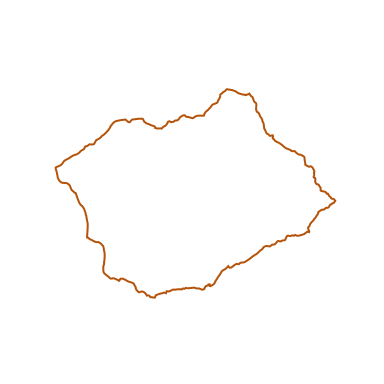 outline of El Espino, Boyacá, Colombia, rotated 204°
{"feature_id": "7082276B84809079779557", "entity_name": "El Espino", "entity_type": "district", "adm_level": 2, "iso_a3": "COL", "parent_name": "Colombia", "parent_adm1": "Boyacá", "projection": "natural_earth1", "projection_center": [-72.481, 6.507], "detail": "fine", "context": "isolated", "style": "outline", "palette": "amber", "viewbox_px": 384, "rotation_deg": 204, "n_neighbors": 0, "source": "geoboundaries", "source_scale": "gbopen_adm2", "svg_char_len": 5977}
<svg xmlns="http://www.w3.org/2000/svg" viewBox="0 0 384 384"><g transform="rotate(204 192 192)"><path d="M326.5,158.9L326.2,158.2L323.1,154.4L320.2,150.2L318.0,148.5L316.7,147.9L315.6,147.7L314.5,147.6L312.9,148.1L311.2,148.8L310.2,149.1L308.4,149.0L306.3,148.3L304.4,146.3L302.9,145.0L301.4,144.4L300.7,144.3L298.8,143.6L298.0,143.8L296.1,142.0L295.9,141.6L292.6,138.2L290.5,136.3L289.4,135.5L288.3,134.9L286.6,134.5L284.0,132.9L281.1,130.0L280.4,129.1L280.1,128.4L279.6,127.8L279.0,127.5L278.0,125.7L277.3,124.8L274.3,120.5L272.8,117.0L269.4,107.8L268.4,108.0L268.2,107.8L266.2,107.4L262.9,107.3L260.2,107.1L259.0,107.3L257.6,108.0L257.0,108.2L254.2,107.8L251.3,106.5L250.5,105.7L249.1,103.7L248.4,102.5L247.4,101.3L245.8,98.2L244.0,93.3L243.9,92.4L243.6,91.6L243.0,90.5L242.7,87.7L240.8,83.7L240.3,83.0L239.2,82.1L236.7,81.3L233.4,80.5L232.6,80.1L231.5,79.8L230.1,80.2L229.0,81.2L227.7,81.4L225.8,81.4L225.0,81.5L224.1,81.4L223.7,81.5L223.2,81.5L222.6,81.1L222.3,81.5L222.1,83.5L221.8,83.9L220.1,84.6L218.6,84.7L216.5,84.6L213.9,84.3L209.9,84.8L208.0,84.6L206.9,83.7L205.0,82.3L204.5,81.8L204.2,81.1L203.5,80.4L202.4,79.7L200.0,78.8L199.6,78.8L199.1,79.1L198.7,79.4L198.3,80.0L197.7,80.5L196.8,80.9L195.5,81.0L193.9,80.7L193.6,80.5L192.2,79.8L191.1,79.0L190.2,79.7L189.7,79.8L188.7,79.8L188.3,79.7L187.6,79.1L187.2,79.0L185.9,79.6L184.4,79.8L183.1,80.3L182.9,80.7L183.1,81.3L183.0,81.9L183.0,82.5L182.9,83.2L179.1,86.7L177.9,87.5L176.4,88.9L174.6,89.0L174.7,91.1L172.5,91.8L171.8,92.7L171.1,93.4L169.8,95.0L169.2,95.4L168.4,95.5L164.6,97.8L164.1,97.9L163.7,98.2L161.6,98.9L161.2,100.1L159.5,100.5L158.7,101.8L158.2,102.0L156.8,102.2L156.1,102.7L153.8,103.9L151.4,105.4L148.1,105.9L146.3,106.8L143.9,106.8L142.7,107.0L141.9,107.7L141.3,108.5L141.5,109.3L141.1,111.6L139.5,113.1L139.4,114.1L138.8,114.7L138.2,114.8L137.5,113.4L136.8,113.5L135.0,116.0L134.3,117.6L134.4,118.9L134.2,120.9L133.8,123.0L133.7,124.5L133.0,127.7L132.5,131.9L131.6,133.4L130.1,135.3L128.7,139.0L127.8,138.4L126.9,138.2L125.8,138.6L125.1,139.5L123.1,143.2L122.0,144.5L120.8,144.7L119.7,145.3L119.2,146.7L118.5,147.4L116.1,148.7L115.0,149.9L112.3,154.1L110.4,157.8L109.7,158.7L109.0,160.1L107.9,161.4L106.9,163.6L106.0,166.0L105.2,167.5L104.5,168.4L104.2,170.5L103.9,171.1L103.1,172.1L102.0,173.0L98.8,173.9L98.3,174.7L97.9,175.5L97.3,176.6L96.0,177.2L95.2,177.8L94.7,178.7L94.3,180.4L93.8,181.9L93.0,182.4L92.0,182.6L90.9,182.9L90.1,184.1L87.9,185.5L87.4,186.2L87.5,188.8L87.2,190.6L86.5,191.2L84.6,191.6L83.8,192.0L83.3,192.7L82.5,193.3L81.8,193.3L81.0,193.6L80.4,194.7L78.4,194.7L77.1,195.3L75.3,196.6L72.4,199.2L70.6,202.6L68.7,203.0L68.8,203.6L70.5,205.3L71.5,206.6L70.9,208.7L71.0,210.8L70.4,213.4L69.6,215.2L69.4,217.2L68.9,218.1L68.5,220.9L68.1,222.8L68.1,223.7L68.4,224.5L68.4,225.0L67.4,226.8L66.1,228.7L65.0,229.2L64.3,229.7L63.9,230.3L63.4,231.6L62.7,232.4L61.7,232.7L61.2,233.2L60.8,234.1L60.7,236.2L60.5,236.8L59.6,237.4L59.2,238.7L58.4,239.3L58.0,239.9L57.5,242.2L59.6,243.2L60.2,243.1L61.4,242.8L62.4,242.9L62.8,243.4L63.2,243.6L64.8,244.0L66.6,245.3L67.2,245.8L67.3,245.8L67.9,245.3L68.1,245.3L68.4,245.3L69.2,246.0L70.0,246.3L70.7,246.3L73.2,245.8L74.3,245.5L75.0,245.7L75.3,246.1L76.0,247.9L76.2,248.1L77.7,249.0L79.3,250.2L80.0,250.2L80.8,249.9L81.1,250.0L81.6,250.0L82.4,250.4L83.1,251.0L83.7,251.6L83.9,252.0L84.5,253.9L85.0,254.6L85.4,254.9L86.4,254.8L86.9,255.0L87.0,255.2L87.3,257.5L88.4,259.0L88.3,260.2L89.7,261.7L91.3,263.0L93.2,263.8L94.2,263.7L95.1,262.8L95.9,262.6L99.5,262.9L99.7,263.1L100.1,264.2L102.3,267.3L103.0,268.9L103.6,269.6L104.4,269.9L105.9,270.2L107.5,270.2L108.5,270.1L109.7,269.7L110.2,269.7L112.6,270.2L114.7,271.1L117.6,269.9L119.1,270.4L119.9,270.4L124.1,270.2L125.1,270.4L129.8,271.8L132.9,272.3L135.2,272.2L136.3,272.6L137.0,272.5L138.6,273.5L139.0,273.7L139.9,273.7L140.2,273.9L140.4,274.6L140.5,275.8L141.3,276.6L141.8,276.4L143.0,275.3L143.5,275.0L143.8,275.0L144.8,275.5L145.5,275.7L147.1,275.8L147.9,276.0L148.2,276.3L150.9,278.8L152.0,279.5L152.8,281.1L154.5,283.7L155.2,284.4L156.4,285.2L157.0,286.3L157.5,286.8L158.4,287.6L160.5,288.8L161.9,290.3L163.3,291.3L164.0,291.6L164.9,291.5L165.9,292.2L167.0,293.5L167.3,294.1L168.6,297.7L169.1,298.6L169.8,299.3L171.3,299.6L172.3,300.1L173.9,301.9L175.5,303.4L177.6,303.8L179.6,305.2L179.8,304.8L182.4,302.3L183.0,302.2L183.3,302.4L185.6,301.6L189.7,301.1L192.0,301.5L193.8,301.7L196.1,301.5L199.1,300.9L200.2,300.4L201.5,300.3L202.0,300.0L202.4,299.2L202.8,297.9L203.1,297.3L204.2,295.9L204.8,294.2L205.6,293.1L205.7,292.3L205.0,290.2L205.0,289.5L205.0,288.8L205.3,286.4L205.2,284.4L205.6,283.4L208.5,280.5L209.0,279.6L209.4,277.5L210.6,273.9L211.0,272.9L211.7,271.6L212.1,270.7L212.3,269.5L212.4,268.4L212.2,266.6L216.0,264.9L218.0,263.9L218.7,263.4L219.7,262.2L221.2,259.8L221.6,259.6L223.3,259.4L224.3,259.1L225.7,259.2L227.2,258.5L227.9,258.4L229.9,259.1L231.4,258.3L232.2,257.2L233.3,255.4L233.8,252.7L234.8,251.3L236.4,250.5L236.9,249.9L237.1,249.2L237.4,248.7L239.4,247.3L240.5,247.5L241.3,247.4L242.1,246.9L242.3,246.7L242.5,246.2L242.5,244.3L243.2,241.7L244.2,240.6L245.0,239.2L245.5,237.6L246.2,237.5L247.3,236.9L249.6,235.9L251.6,235.5L251.9,236.2L253.4,236.7L256.1,236.4L259.8,236.4L261.3,236.2L261.8,236.2L262.6,236.5L263.8,236.6L264.1,236.7L266.4,238.6L266.8,238.8L267.3,238.7L270.4,237.3L276.0,233.9L276.3,233.6L277.3,230.5L277.8,230.1L279.4,230.2L280.7,230.6L281.8,231.1L282.2,231.1L283.7,230.3L286.6,228.5L289.9,226.1L291.0,225.0L291.8,223.8L292.6,221.0L293.1,219.3L293.1,217.3L293.5,215.2L293.7,214.2L295.2,209.9L296.0,208.2L297.3,206.2L297.6,204.8L298.4,203.2L300.6,200.4L301.0,196.1L301.6,195.4L302.1,195.0L305.1,193.8L306.4,191.3L307.8,190.4L308.1,189.9L308.2,189.3L308.2,188.9L308.0,188.2L308.3,187.0L309.8,185.0L310.3,184.0L311.1,181.9L311.6,181.0L312.4,179.8L315.1,177.3L316.8,175.1L317.9,173.1L320.8,169.4L321.5,168.1L321.7,167.1L321.8,166.7L322.1,164.8L322.4,164.0L322.9,163.1L323.6,162.1L325.5,160.2L326.5,158.9Z" fill="none" stroke="#b45309" stroke-width="2"/></g></svg>